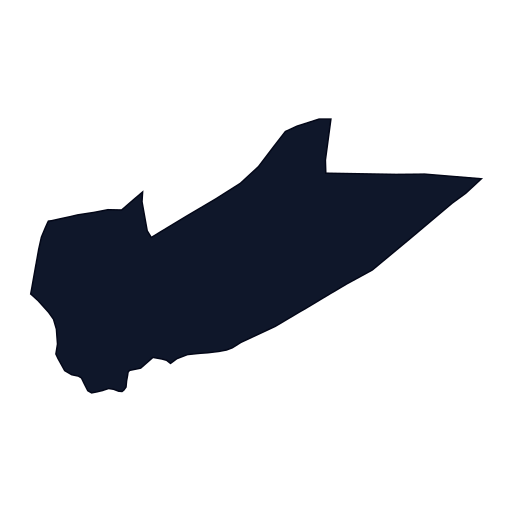 Al Qutayfah, Rif Dimashq, Syria (Natural Earth projection)
{"feature_id": "27442178B63021739925615", "entity_name": "Al Qutayfah", "entity_type": "district", "adm_level": 2, "iso_a3": "SYR", "parent_name": "Syria", "parent_adm1": "Rif Dimashq", "projection": "natural_earth1", "projection_center": [36.695, 33.816], "detail": "fine", "context": "isolated", "style": "filled", "palette": "ink", "viewbox_px": 512, "rotation_deg": 0, "n_neighbors": 0, "source": "geoboundaries", "source_scale": "gbopen_adm2", "svg_char_len": 1567}
<svg xmlns="http://www.w3.org/2000/svg" viewBox="0 0 512 512"><path d="M481.3,178.8L424.4,174.1L418.5,174.2L396.0,174.4L325.8,173.2L325.4,160.1L330.9,119.1L319.0,119.1L297.1,126.1L285.4,131.5L274.3,145.8L258.5,166.6L240.4,183.3L215.6,199.0L186.6,216.1L161.1,231.5L151.3,237.5L147.2,230.8L142.0,201.7L142.6,192.0L134.7,198.7L121.6,210.0L107.9,209.7L94.0,212.4L77.6,214.9L73.8,215.8L70.1,216.7L68.6,217.0L60.2,218.8L51.7,220.7L48.4,221.1L47.6,222.7L45.4,227.6L41.8,236.2L41.4,237.2L38.5,250.2L38.5,250.5L37.7,254.9L36.9,259.5L36.5,261.4L36.4,262.3L36.1,263.9L36.0,264.3L35.2,268.8L34.5,272.8L33.3,279.5L31.8,288.0L30.7,294.0L31.0,294.2L36.1,298.8L36.4,299.1L36.5,299.1L36.6,299.3L36.8,299.4L37.5,300.1L37.8,300.3L45.0,308.3L48.6,312.3L53.5,319.2L56.4,329.1L57.0,337.4L57.5,344.1L55.9,354.0L58.0,358.5L64.7,370.6L71.7,374.7L75.0,375.4L78.4,376.1L81.5,378.0L83.7,382.6L85.1,385.4L87.8,390.7L89.7,391.8L91.6,392.9L97.2,391.8L98.4,391.5L100.5,391.0L102.7,390.5L103.7,390.1L108.6,388.5L111.9,389.0L113.7,389.3L118.6,391.2L122.0,391.5L123.8,390.1L126.0,387.1L126.6,380.8L127.6,375.3L128.0,372.3L129.5,370.4L138.9,368.5L140.7,368.1L150.3,359.7L152.9,357.4L161.9,359.0L166.6,360.3L170.5,363.4L174.3,360.6L176.8,358.7L187.4,354.6L196.9,353.6L201.3,353.2L207.3,352.8L209.2,352.6L213.2,352.1L219.2,351.4L220.1,351.2L226.5,350.0L232.3,347.8L240.9,342.4L275.2,326.4L299.1,312.2L306.4,308.0L330.0,293.8L337.2,289.6L346.4,284.1L350.1,282.1L368.2,272.2L370.3,271.1L372.4,269.9L410.8,238.0L452.1,203.2L465.9,193.1L481.3,178.8Z" fill="#0f172a" stroke="#020617" stroke-width="1.5"/></svg>